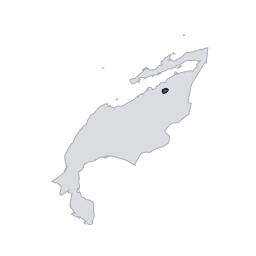 Rosario, Sonora, Mexico (highlighted), rotated 101°
{"feature_id": "50627088B12360956562142", "entity_name": "Rosario", "entity_type": "district", "adm_level": 2, "iso_a3": "MEX", "parent_name": "Mexico", "parent_adm1": "Sonora", "projection": "mercator", "projection_center": [-109.365, 28.044], "detail": "fine", "context": "in_parent", "style": "filled", "palette": "slate", "viewbox_px": 256, "rotation_deg": 101, "n_neighbors": 0, "source": "geoboundaries", "source_scale": "gbopen_adm2", "svg_char_len": 4538}
<svg xmlns="http://www.w3.org/2000/svg" viewBox="0 0 256 256"><g transform="rotate(101 128 128)"><path d="M34.0,64.9L49.5,63.5L48.8,65.1L73.3,74.1L91.6,74.1L91.6,70.7L103.0,70.8L105.0,73.2L112.9,79.7L114.8,85.2L116.2,87.3L123.6,91.5L126.0,89.9L127.8,85.9L130.0,85.1L135.4,85.8L139.8,90.2L142.8,96.5L147.9,102.2L148.2,105.7L150.4,110.2L161.6,114.3L163.1,113.7L159.8,124.9L158.6,138.1L159.1,140.9L162.0,144.7L161.4,146.7L161.6,144.7L159.2,141.5L159.9,144.4L162.9,150.6L167.6,156.4L168.7,160.0L172.0,163.7L171.0,163.6L172.9,164.5L172.3,164.0L175.8,164.4L178.3,165.7L180.5,168.1L186.3,166.3L190.7,166.0L193.5,164.6L196.5,164.3L197.2,164.9L196.9,165.6L199.4,166.1L201.1,164.9L200.6,163.1L199.8,163.5L200.0,163.1L204.5,160.0L204.8,157.4L206.1,155.9L206.2,151.7L207.0,148.6L210.5,146.7L216.5,145.8L219.2,144.7L222.2,144.4L227.1,145.5L227.5,144.8L226.2,144.8L227.9,144.3L229.8,145.7L230.2,147.6L229.2,150.1L226.0,153.9L225.8,156.5L224.2,158.0L224.5,158.6L225.9,158.4L224.4,160.0L224.5,160.6L225.5,160.4L223.5,166.8L223.0,167.3L222.0,165.9L221.8,163.5L220.3,166.0L218.8,166.2L217.0,169.4L214.9,169.4L214.7,170.5L202.9,170.4L202.9,174.3L200.2,174.2L206.6,180.1L206.4,182.2L198.1,182.2L195.1,187.6L195.9,188.9L194.9,192.5L188.8,186.4L184.0,182.4L181.0,180.8L180.7,181.2L183.4,182.6L179.2,181.4L179.5,180.4L178.3,180.8L177.6,179.9L176.9,180.8L178.3,181.3L176.1,181.5L174.0,182.9L167.2,185.0L162.9,183.3L159.2,182.9L156.7,181.3L154.2,180.7L152.7,179.1L146.7,177.9L139.2,174.6L134.3,171.6L132.3,169.5L127.2,168.8L122.4,167.0L119.4,163.6L112.8,160.3L109.3,155.7L108.0,152.9L110.7,151.5L110.3,150.3L109.1,150.0L110.8,147.8L111.0,145.2L109.6,144.3L108.2,141.8L108.2,139.4L107.3,137.3L103.3,133.3L99.9,128.5L94.5,124.3L96.0,125.1L96.1,124.2L93.3,123.3L91.2,120.0L92.7,120.1L88.5,117.8L87.9,116.7L86.3,117.1L86.1,116.6L87.3,115.3L85.3,116.3L84.0,115.3L83.8,113.1L85.2,111.2L85.8,111.6L84.7,109.5L83.4,108.3L81.6,108.3L80.4,105.6L78.3,105.0L77.0,103.8L76.1,101.4L76.6,99.9L72.8,99.1L66.1,91.4L65.7,89.5L64.7,88.9L60.3,79.2L59.9,76.2L60.4,75.2L56.6,74.0L55.8,72.4L54.6,71.8L53.2,72.8L48.2,69.8L49.1,71.7L48.5,75.4L49.7,78.4L50.7,83.9L55.8,88.8L57.4,92.1L58.2,91.9L58.6,92.9L59.3,93.0L60.1,95.1L61.5,95.8L62.4,100.1L65.0,102.4L65.9,104.8L67.1,105.6L68.0,108.5L69.1,109.2L68.5,107.0L69.9,108.3L71.7,114.9L73.4,116.8L75.6,121.5L75.3,123.5L75.8,125.2L77.7,126.9L78.4,125.2L83.8,131.3L83.3,133.6L81.2,135.2L80.0,135.4L77.7,130.4L69.2,123.7L68.4,123.8L66.7,121.7L66.3,120.2L66.8,117.1L66.0,114.0L64.7,111.8L60.5,109.2L59.7,106.5L58.9,107.7L56.8,108.2L55.2,106.4L51.3,104.6L50.7,103.0L47.8,100.8L47.5,100.0L50.5,100.5L52.3,99.8L52.3,100.5L53.8,101.2L53.2,99.5L52.5,99.4L53.9,95.7L48.2,88.9L43.4,85.9L42.5,84.4L42.5,81.8L41.3,81.0L40.9,78.1L39.4,76.8L39.1,75.1L37.0,72.3L36.6,71.0L37.3,70.2L35.8,69.0L34.0,64.9ZM65.8,91.5L65.3,93.2L63.8,92.6L64.4,90.0L65.3,89.7L65.8,91.5ZM59.7,91.1L57.5,89.2L56.9,87.3L58.0,87.9L58.3,89.0L59.4,89.3L59.7,91.1ZM229.1,153.4L228.6,152.9L228.8,152.2L230.2,151.5L229.1,153.4ZM66.8,123.8L65.2,122.0L66.1,118.5L65.9,121.7L66.8,123.8ZM46.6,98.4L45.5,98.1L46.2,96.2L46.8,97.6L46.6,98.4ZM26.8,91.9L25.8,90.7L26.0,90.1L26.3,90.2L26.8,91.9ZM68.1,123.8L69.0,125.2L67.1,123.9L68.1,123.8ZM102.7,144.4L102.5,145.0L102.0,144.7L101.8,143.8L102.7,144.4ZM76.2,120.2L76.6,121.3L75.5,120.0L76.2,120.2ZM72.4,113.1L73.0,113.6L72.1,114.6L72.4,113.1ZM74.2,164.1L73.8,164.3L73.2,163.9L73.7,163.3L74.2,164.1ZM198.6,164.4L197.6,164.6L199.4,164.0L198.6,164.4ZM81.4,126.3L80.9,126.2L80.8,125.2L81.4,126.3Z" fill="#d9dde1" stroke="#a8b0b8" stroke-width="1"/><path d="M86.8,99.1L86.6,99.0L86.4,98.8L86.3,98.7L86.3,98.4L86.2,98.4L86.2,98.2L86.1,97.9L86.1,98.0L86.1,97.9L86.1,97.7L85.8,97.4L85.7,97.2L85.4,97.2L85.2,97.1L84.9,97.1L84.7,97.0L84.5,96.5L84.4,96.4L84.2,96.3L83.7,96.4L83.6,96.2L83.4,96.0L83.2,96.0L83.0,95.9L82.9,96.0L82.7,96.2L82.7,96.3L82.6,96.5L82.6,96.8L82.6,97.0L82.4,97.0L82.3,97.3L82.2,97.3L82.2,97.5L82.5,97.5L82.5,97.9L82.3,97.9L82.1,97.9L82.1,98.3L82.2,98.5L82.3,98.8L82.5,98.8L82.8,98.8L82.9,99.0L82.9,99.3L83.0,99.3L83.0,99.5L82.9,99.7L83.4,99.7L83.4,99.9L83.5,99.9L83.5,100.1L83.7,100.3L83.8,100.3L83.8,100.5L84.0,100.6L83.9,100.6L84.0,100.9L84.0,101.2L84.3,101.1L84.7,101.2L84.7,100.9L84.8,100.9L84.8,101.0L85.0,101.1L85.3,101.0L85.2,100.9L85.3,100.9L85.3,100.6L85.3,100.3L85.5,100.1L85.7,100.3L85.7,100.5L85.7,100.8L85.8,100.8L85.9,100.7L86.1,100.6L86.3,100.7L86.3,100.8L86.5,100.7L86.6,100.3L86.7,100.1L86.9,100.1L87.0,100.0L87.0,99.9L87.0,99.7L87.0,99.3L86.8,99.2L86.8,99.1Z" fill="#64748b" stroke="#1e293b" stroke-width="1.5"/></g></svg>